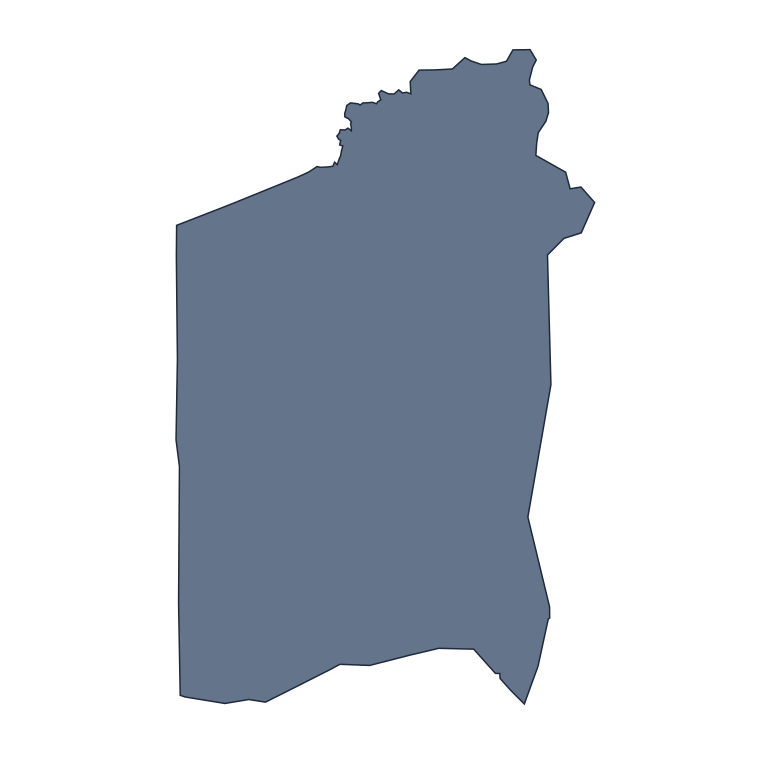 outline of Pano Platres, Limassol, Cyprus, rotated 177°
{"feature_id": "46923920B86921614956899", "entity_name": "Pano Platres", "entity_type": "district", "adm_level": 2, "iso_a3": "CYP", "parent_name": "Cyprus", "parent_adm1": "Limassol", "projection": "mercator", "projection_center": [32.875, 34.909], "detail": "fine", "context": "isolated", "style": "filled", "palette": "slate", "viewbox_px": 768, "rotation_deg": 177, "n_neighbors": 0, "source": "geoboundaries", "source_scale": "gbopen_adm2", "svg_char_len": 1526}
<svg xmlns="http://www.w3.org/2000/svg" viewBox="0 0 768 768"><g transform="rotate(177 384 384)"><path d="M287.9,89.2L283.5,88.8L283.5,83.9L273.4,71.3L260.6,57.1L244.9,94.3L232.3,140.6L230.8,141.6L230.3,152.7L247.3,243.6L217.4,374.3L217.3,376.1L214.0,504.3L196.7,520.0L179.1,524.6L164.2,554.2L177.0,570.4L187.9,569.2L191.5,586.0L209.8,597.6L220.4,604.3L218.9,616.8L216.8,626.9L208.6,637.9L205.5,646.4L205.5,655.6L211.6,669.9L222.6,675.1L222.9,680.0L218.9,692.8L217.6,695.1L216.0,697.8L215.0,699.6L220.7,710.3L224.8,710.4L237.8,710.9L244.8,699.9L254.8,697.7L270.0,698.0L280.0,702.0L286.1,705.7L299.2,695.0L317.1,695.0L332.6,695.6L342.0,684.6L342.0,672.4L346.3,674.2L350.2,673.6L353.9,677.0L358.7,673.1L364.3,673.5L371.4,677.2L374.2,674.5L372.3,667.9L375.3,666.3L376.8,664.3L381.0,665.9L386.7,665.7L390.3,665.8L393.3,663.8L394.3,664.5L395.0,665.1L402.8,666.5L406.6,664.0L407.9,659.4L409.1,656.3L409.1,652.8L405.5,650.7L402.8,647.4L403.7,645.9L403.2,641.4L403.4,638.6L406.6,641.4L409.7,639.7L414.3,640.2L415.7,636.6L418.1,634.0L416.6,630.9L414.5,629.5L415.8,625.1L412.7,623.8L414.4,618.5L415.4,614.1L416.8,611.5L419.2,605.5L421.7,608.1L423.6,604.2L428.3,603.7L436.0,603.7L439.6,604.6L447.9,599.7L459.2,595.2L527.6,571.5L582.8,553.3L584.7,521.9L589.0,419.6L594.6,339.2L592.6,312.2L593.1,304.0L600.6,176.0L603.8,83.8L599.1,81.9L559.6,73.3L535.5,76.0L519.0,72.5L479.6,89.8L456.3,100.1L456.1,100.1L442.7,106.4L413.1,103.7L372.8,111.8L343.2,117.2L308.3,114.5L287.9,89.2Z" fill="#64748b" stroke="#1e293b" stroke-width="1.5"/></g></svg>